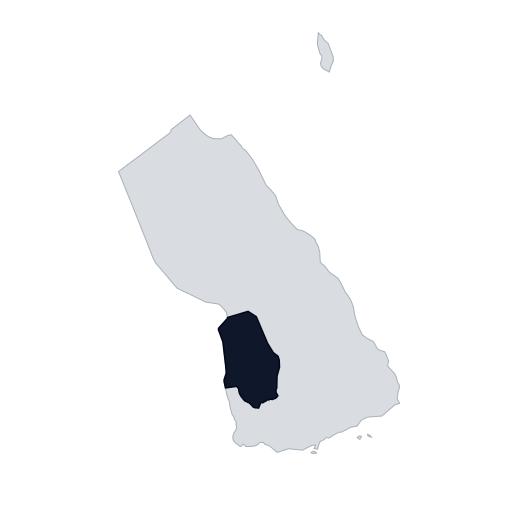 Yemen, with Al Jawf highlighted, rotated 258°
{"feature_id": "YEM-335", "entity_name": "Al Jawf", "entity_type": "Governorate", "adm_level": 1, "iso_a3": "YEM", "parent_name": "Yemen", "parent_adm1": "", "projection": "orthographic", "projection_center": [44.939, 16.605], "detail": "fine", "context": "in_parent", "style": "filled", "palette": "ink", "viewbox_px": 512, "rotation_deg": 258, "n_neighbors": 0, "source": "natural_earth", "source_scale": "10m", "svg_char_len": 3816}
<svg xmlns="http://www.w3.org/2000/svg" viewBox="0 0 512 512"><g transform="rotate(258 256 256)"><path d="M407.6,220.8L390.9,227.7L386.5,230.7L382.6,234.3L379.7,238.7L377.8,246.4L379.7,253.3L379.7,257.0L375.3,259.6L371.3,261.6L366.8,264.4L364.0,265.2L361.8,267.4L359.2,269.0L349.8,273.2L339.4,276.6L322.9,280.7L316.6,284.8L310.8,287.7L302.0,288.7L289.8,292.7L283.1,295.9L274.8,300.9L272.9,302.5L271.5,306.1L269.0,309.3L263.9,314.5L260.2,317.1L257.6,317.3L252.7,318.8L246.8,319.2L236.9,317.6L234.4,318.9L232.3,320.9L224.7,324.5L217.1,331.6L211.4,333.5L202.2,335.8L195.8,338.7L191.5,339.9L186.0,340.6L175.7,340.3L165.9,341.4L156.9,343.5L152.6,347.2L147.8,353.1L139.9,355.5L138.0,357.6L135.6,362.0L130.4,363.1L125.8,363.8L121.0,361.9L112.1,367.1L108.7,368.0L103.5,368.2L99.9,369.3L97.3,368.9L94.0,366.9L87.1,364.4L82.0,365.9L81.6,361.0L73.3,345.8L75.1,332.6L75.1,330.7L73.5,324.9L68.6,319.4L68.8,312.6L67.2,307.7L65.9,302.7L66.3,301.4L66.4,300.2L63.9,292.4L63.1,290.8L62.8,289.2L63.6,288.0L63.6,286.6L62.3,284.2L60.9,279.6L54.2,276.0L55.6,272.7L56.9,273.9L58.7,274.9L59.1,272.8L59.1,271.2L56.4,261.1L60.7,247.8L59.5,235.8L65.9,231.0L67.5,229.5L68.4,228.2L69.9,225.5L72.0,224.6L72.7,221.8L72.7,220.3L71.4,219.1L70.4,215.7L70.8,211.4L71.1,209.6L71.8,206.4L74.1,205.2L74.6,204.2L72.9,202.1L73.1,200.9L76.8,197.5L78.3,196.5L80.8,195.4L82.7,195.5L84.9,196.1L86.8,197.1L88.7,198.8L90.7,200.8L93.8,201.6L95.9,201.4L97.6,202.3L99.0,201.8L100.7,200.8L103.3,200.9L105.7,199.7L112.4,199.2L118.9,199.6L125.6,198.6L132.4,198.7L139.2,198.8L140.7,198.9L142.2,199.5L147.9,202.6L152.3,203.2L161.1,204.0L170.4,204.8L178.5,205.6L185.4,204.8L191.1,204.1L192.6,204.2L194.3,206.1L197.8,210.8L201.1,215.2L206.8,215.4L210.4,213.7L214.4,211.3L216.8,209.4L219.5,202.1L221.3,197.4L225.4,192.1L228.9,187.7L233.4,181.8L235.9,178.5L240.9,172.1L245.7,169.5L254.9,164.6L263.9,159.7L269.7,156.5L274.7,155.0L283.2,153.6L293.1,152.0L302.9,150.3L313.5,148.5L325.2,146.5L333.2,145.1L343.4,143.3L351.9,141.8L359.5,140.5L367.2,139.1L368.8,142.6L370.5,146.1L372.1,149.5L373.7,153.0L375.3,156.5L376.9,160.0L378.5,163.5L380.1,166.9L381.8,170.4L383.4,173.9L385.0,177.4L386.6,180.9L388.3,184.3L389.9,187.8L391.5,191.3L393.1,194.8L394.7,198.2L397.2,199.2L398.7,202.4L400.9,207.0L403.2,211.6L405.4,216.2L407.6,220.8ZM435.8,361.6L438.0,361.9L441.1,360.6L450.3,360.0L461.5,363.4L459.4,364.5L458.2,366.0L453.4,367.5L448.7,370.8L434.7,372.9L430.6,372.2L427.1,369.5L420.7,365.9L423.1,363.4L423.6,362.3L424.5,361.2L428.0,359.2L431.5,359.3L435.8,361.6ZM58.2,320.7L57.8,321.5L57.1,321.3L55.0,319.4L57.4,317.3L58.6,319.3L58.2,320.7ZM51.9,273.5L50.8,274.3L50.5,272.9L51.3,269.8L52.4,268.9L53.1,271.2L52.6,272.5L51.9,273.5ZM57.0,330.2L54.8,331.2L56.3,328.4L57.9,327.9L58.4,328.0L57.0,330.2Z" fill="#d9dde1" stroke="#a8b0b8" stroke-width="1"/><path d="M133.3,198.7L134.1,198.7L139.8,198.7L141.7,199.1L147.2,202.3L148.7,202.8L155.9,203.6L164.3,204.4L170.7,205.0L178.9,205.8L184.5,205.0L192.0,203.9L193.3,204.6L195.5,207.6L198.0,211.1L200.9,215.1L201.4,215.4L201.8,215.4L203.5,236.7L196.5,243.7L168.1,249.2L157.8,252.9L153.4,256.7L149.5,257.1L142.4,255.9L134.1,251.6L122.7,248.9L120.4,247.5L117.5,247.3L116.8,247.6L116.6,247.9L114.7,248.3L113.8,247.3L112.7,245.4L112.6,244.4L112.5,243.3L112.2,242.4L113.0,240.1L112.9,239.5L112.7,239.2L112.5,238.8L112.7,238.1L112.8,237.4L112.7,236.6L112.2,235.8L111.9,234.9L111.6,233.5L111.1,232.5L111.1,231.9L111.4,231.5L111.6,231.0L111.4,230.4L110.9,229.8L109.0,228.4L108.4,228.1L106.7,226.9L107.2,225.7L107.6,223.9L108.3,222.6L108.7,222.0L109.5,221.4L109.9,221.2L110.3,221.1L110.6,220.9L111.1,220.6L112.5,219.7L113.1,219.1L113.6,219.0L113.9,218.7L114.5,217.6L115.0,217.2L116.3,215.3L117.0,214.6L121.4,212.4L123.3,211.7L125.6,211.2L127.7,211.2L129.7,211.4L132.5,210.0L133.3,198.7Z" fill="#0f172a" stroke="#020617" stroke-width="1.5"/></g></svg>